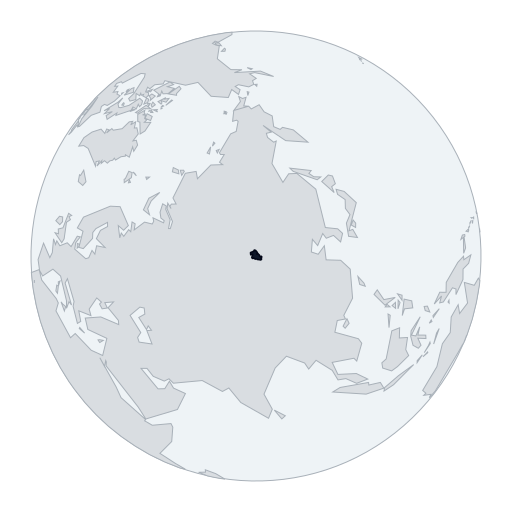 Bulgan highlighted on a globe, orthographic projection, rotated 319°
{"feature_id": "MNG-3323", "entity_name": "Bulgan", "entity_type": "Province", "adm_level": 1, "iso_a3": "MNG", "parent_name": "Mongolia", "parent_adm1": "", "projection": "orthographic", "projection_center": [103.32, 48.825], "detail": "fine", "context": "on_globe", "style": "filled", "palette": "ink", "viewbox_px": 512, "rotation_deg": 319, "n_neighbors": 0, "source": "natural_earth", "source_scale": "10m", "svg_char_len": 13631}
<svg xmlns="http://www.w3.org/2000/svg" viewBox="0 0 512 512"><g transform="rotate(319 256 256)"><circle cx="256" cy="256" r="225" fill="#eef3f6" stroke="#a8b0b8"/><path d="M380.0,67.9L384.7,71.3L383.1,73.1L367.6,69.8L366.1,67.0L362.6,67.0L364.2,70.7L366.2,73.3L356.2,81.8L359.3,98.8L367.6,106.2L360.0,103.4L380.7,119.4L387.1,132.1L375.3,116.7L370.7,114.3L372.7,122.1L368.4,121.4L366.9,125.0L361.5,123.6L355.1,115.2L351.5,114.4L353.1,120.0L348.8,122.6L346.9,114.4L339.1,118.2L326.9,106.0L326.1,86.9L314.9,80.9L302.2,63.9L298.8,65.2L291.9,60.3L285.5,60.1L285.0,57.5L280.3,59.7L282.0,62.2L280.5,64.1L276.9,64.4L275.6,60.9L277.2,60.3L274.9,59.4L275.8,57.6L273.3,58.7L272.2,54.7L267.9,59.1L262.5,56.4L263.2,53.6L270.2,53.3L289.1,47.8L291.9,45.8L289.0,42.8L268.5,37.8L268.8,36.2L264.0,34.3L260.6,35.2L263.2,37.1L255.7,38.8L259.7,41.3L257.3,42.6L258.6,45.9L250.8,46.2L242.5,44.8L241.1,42.2L237.4,41.7L232.6,45.1L223.9,41.7L207.9,42.4L206.5,41.7L214.7,38.1L230.3,35.3L241.0,32.4L226.4,35.2L223.1,34.3L219.3,34.7L215.0,35.6L213.2,36.5L210.5,36.6L224.0,33.3L226.7,33.1L222.4,34.0L229.7,32.9L238.7,31.5L236.3,31.6L240.9,31.2L257.1,30.7L273.4,31.4L289.6,33.2L305.5,36.2L321.3,40.4L336.7,45.7L351.6,52.0L366.1,59.5L380.0,67.9ZM465.2,177.3L463.6,174.8L463.8,173.6L465.2,177.3ZM463.1,175.1L463.5,175.6L463.2,175.6L463.1,175.1ZM463.2,176.4L463.1,175.5L463.4,176.9L463.2,176.4ZM463.5,178.6L463.3,177.3L463.4,177.6L463.5,178.6ZM463.4,181.0L463.3,181.5L462.9,179.9L463.4,181.0ZM367.8,74.6L364.7,70.9L364.8,68.0L367.9,71.1L367.8,74.6ZM366.9,81.1L364.2,78.9L368.5,78.5L368.7,79.8L366.9,81.1ZM374.5,112.0L372.9,108.0L376.0,112.2L374.5,112.0ZM367.6,125.7L369.5,127.1L367.9,128.4L367.6,125.7ZM262.8,45.6L260.7,45.7L261.6,45.0L262.8,45.6ZM265.3,47.0L267.7,46.2L269.3,46.7L267.7,47.2L265.3,47.0ZM358.2,127.7L355.1,129.5L357.2,126.2L358.2,127.7ZM262.0,48.1L271.7,47.9L274.4,48.9L270.8,52.0L262.0,48.1ZM352.6,129.7L345.2,134.7L348.7,138.1L334.7,131.6L345.6,129.2L347.6,124.4L349.2,128.3L352.6,129.7ZM284.1,62.9L282.1,60.2L287.1,62.3L284.1,62.9ZM287.7,63.8L305.2,68.2L306.3,72.6L300.2,70.1L304.3,75.9L296.3,75.8L292.2,72.6L293.1,69.7L289.3,72.0L287.7,63.8ZM328.1,127.4L325.4,127.5L327.0,125.8L328.1,127.4ZM280.3,65.1L283.7,65.4L284.9,69.2L278.3,69.2L280.0,68.0L280.3,65.1ZM309.4,77.6L309.1,80.6L302.5,81.3L301.5,82.6L296.2,76.2L309.4,77.6ZM277.9,67.3L274.9,69.2L271.0,67.8L277.0,65.0L277.9,67.3ZM288.1,70.3L288.3,72.1L286.0,71.1L288.1,70.3ZM255.5,64.2L259.6,64.3L260.6,66.2L255.5,64.2ZM274.0,70.0L275.3,70.5L276.2,71.4L273.4,72.4L274.0,70.0ZM291.9,77.3L289.2,77.1L293.7,80.0L289.0,80.9L286.3,76.5L285.4,78.8L284.0,79.1L283.4,75.2L291.9,77.3ZM273.2,76.0L268.1,71.2L260.3,70.6L259.2,68.7L272.0,70.2L273.2,76.0ZM279.2,75.8L275.2,75.5L275.9,73.3L279.1,72.2L279.2,75.8ZM286.7,83.1L294.7,82.9L295.0,83.8L286.7,83.1ZM270.8,76.2L272.0,77.4L270.1,76.4L270.8,76.2ZM281.6,81.4L284.4,81.1L284.7,82.2L281.6,81.4ZM272.3,80.1L270.6,78.5L272.7,77.6L272.3,80.1ZM276.4,81.0L276.2,82.7L274.4,78.3L277.6,80.7L276.4,81.0ZM281.4,82.5L282.5,83.1L280.2,82.5L281.4,82.5ZM265.3,84.6L262.6,79.3L267.2,77.2L269.2,82.6L265.3,84.6ZM75.6,121.1L83.4,124.0L78.5,133.6L77.3,157.1L76.0,161.7L69.0,166.2L62.4,196.0L68.7,195.9L69.8,219.0L75.0,230.5L89.4,220.3L80.9,201.1L86.4,190.8L98.9,200.2L107.4,217.7L109.9,214.3L110.4,198.0L118.4,197.2L111.3,192.0L109.7,197.7L105.2,194.9L106.4,189.6L109.1,189.4L108.3,183.2L95.3,186.6L92.3,192.7L86.3,181.1L80.8,190.4L77.0,189.7L85.0,173.9L88.8,171.0L98.8,149.4L94.2,151.2L84.6,172.0L84.9,167.8L78.7,171.2L83.7,165.3L95.4,142.9L94.1,132.7L81.9,131.1L83.2,124.9L89.2,115.7L104.1,106.9L99.3,122.0L104.5,119.8L114.5,110.2L112.2,115.8L115.6,113.9L114.7,119.6L122.2,122.2L122.6,127.6L134.1,123.8L135.9,126.3L128.6,127.7L123.7,131.9L125.7,146.3L128.6,147.6L135.9,144.2L135.6,148.9L142.4,143.7L147.7,150.6L146.9,138.2L155.4,134.6L163.3,136.4L166.0,133.2L153.2,130.3L148.2,131.2L144.2,135.5L130.5,137.1L128.0,133.3L141.7,123.8L139.6,117.6L151.3,113.5L178.7,122.8L185.8,129.6L179.6,149.3L173.0,149.7L172.0,142.7L165.1,152.9L169.4,150.3L169.1,154.4L177.2,152.6L177.4,155.5L184.8,149.0L185.9,152.4L181.2,156.4L194.1,157.3L198.7,163.8L201.6,162.7L203.3,159.6L208.0,170.3L209.9,169.1L209.1,165.0L212.3,160.0L219.8,155.4L221.1,159.4L218.5,161.5L215.0,172.3L208.0,177.9L209.3,179.1L215.6,175.2L219.9,162.0L224.1,158.2L223.0,164.5L223.7,161.9L226.2,161.3L229.8,164.4L231.4,157.7L256.9,147.2L266.3,152.9L262.5,159.3L281.6,157.7L290.8,165.2L290.0,161.3L298.6,158.6L295.8,156.1L296.1,154.1L317.0,147.2L322.8,149.0L330.9,142.6L330.5,140.8L326.7,139.0L334.7,131.6L348.7,138.1L348.9,141.9L357.6,143.9L356.7,152.5L360.1,160.9L354.2,170.0L357.3,176.3L360.4,176.3L366.9,185.3L369.9,204.2L354.1,188.4L347.0,162.1L348.7,172.5L344.3,170.2L342.5,174.1L344.0,181.7L346.7,182.5L328.7,196.7L324.6,218.1L334.6,215.4L341.0,220.5L345.0,244.8L327.0,280.0L335.5,289.1L336.2,295.7L329.1,300.9L328.0,291.3L320.7,288.7L321.1,282.8L309.4,288.6L309.5,280.4L300.4,289.3L304.1,295.5L314.3,293.1L306.4,304.9L317.1,314.8L318.5,327.7L301.2,351.2L283.3,358.4L282.2,362.2L275.0,358.0L265.5,365.3L279.0,385.6L278.6,391.2L263.1,401.4L262.8,397.4L243.7,386.3L240.1,399.1L254.6,410.5L259.6,422.2L248.4,418.1L243.4,407.5L236.6,403.3L238.5,392.3L232.9,374.1L221.6,375.9L222.5,368.7L213.2,351.6L197.0,353.1L171.4,365.5L167.8,382.3L159.0,386.7L148.4,356.6L148.9,337.8L141.8,336.2L133.7,314.7L110.2,297.8L109.8,291.6L104.7,290.2L99.5,279.4L100.0,269.3L95.5,265.4L94.9,292.0L100.1,296.3L108.5,293.7L107.1,301.6L112.5,313.5L96.0,320.3L65.9,306.7L68.0,292.7L70.8,240.6L73.5,237.8L73.7,237.3L74.0,236.3L69.2,240.0L71.4,230.3L64.5,263.2L61.2,274.4L65.4,307.0L63.8,307.3L66.7,315.7L81.9,326.7L80.9,330.6L70.7,340.7L54.0,341.9L59.1,359.7L62.8,370.5L59.6,366.3L51.9,351.4L45.4,336.1L40.1,320.2L35.9,304.0L32.9,287.6L31.2,271.0L30.7,254.3L31.5,237.6L32.3,229.5L32.4,228.2L35.1,211.7L39.0,195.5L44.1,179.6L50.3,164.1L57.7,149.2L66.1,134.8L75.6,121.1ZM73.0,128.8L71.0,130.9L73.0,128.8ZM111.3,244.3L119.8,254.2L124.7,240.7L128.4,243.5L128.8,238.0L125.1,239.7L127.2,225.5L134.0,226.9L137.5,221.9L134.8,218.4L122.0,218.2L118.8,238.2L113.2,239.8L111.3,244.3ZM222.3,34.4L221.1,34.7L216.7,35.5L218.6,34.9L222.3,34.4ZM197.9,41.4L194.1,41.5L198.2,40.8L200.1,39.7L211.2,37.4L206.3,41.3L206.6,39.8L197.9,41.4ZM224.6,35.9L218.1,36.6L225.4,35.8L224.6,35.9ZM135.7,99.7L132.5,103.2L128.5,103.6L128.1,98.0L133.8,97.1L135.7,99.7ZM128.8,108.1L142.6,100.9L143.5,104.5L140.7,103.6L139.8,106.8L135.1,106.2L122.4,117.2L118.1,118.5L119.6,106.6L121.5,109.6L124.5,105.9L128.8,108.1ZM176.4,80.1L182.3,78.2L176.4,88.4L171.5,89.1L170.7,83.2L176.1,78.9L176.4,80.1ZM253.8,54.0L256.5,53.4L256.8,54.2L254.9,55.5L253.8,54.0ZM257.3,64.1L242.5,58.0L244.8,56.8L233.3,55.2L235.0,51.7L242.3,52.8L235.0,49.1L242.3,48.7L236.7,46.7L252.9,49.4L259.2,49.3L251.6,50.7L249.9,53.9L251.1,55.2L259.0,59.0L271.7,60.7L272.1,64.5L269.0,66.7L266.0,66.9L266.7,64.3L262.2,66.4L260.9,62.8L257.3,64.1ZM232.4,96.8L234.5,92.7L225.2,98.3L223.9,93.9L222.9,94.9L219.2,92.5L212.9,91.4L213.3,89.2L210.7,89.7L208.1,88.3L204.7,88.4L204.2,84.7L200.0,84.6L202.2,82.9L195.0,83.8L200.1,81.5L197.3,79.8L193.8,82.9L199.9,64.7L198.4,59.6L194.3,56.8L203.8,53.8L213.6,54.9L222.3,58.6L222.3,64.3L226.6,62.2L227.9,64.4L224.0,65.1L230.8,65.3L230.8,67.4L238.5,72.1L248.3,71.6L251.3,73.5L247.5,74.8L253.2,75.8L248.1,79.6L250.2,81.1L247.2,86.6L238.6,88.4L241.6,90.1L239.4,94.6L232.4,96.8ZM264.2,86.1L254.2,88.8L248.6,87.9L256.2,78.8L255.0,76.9L259.6,71.6L267.7,73.1L265.6,74.5L265.5,76.2L263.0,75.0L264.9,77.2L262.1,79.2L262.8,81.6L259.4,81.8L264.2,86.1ZM78.8,162.7L78.6,165.6L79.2,169.3L75.3,171.8L78.8,162.7ZM86.5,147.3L87.0,149.1L81.7,153.9L82.0,151.1L86.5,147.3ZM91.7,146.3L87.4,148.9L89.8,145.8L91.7,146.3ZM129.4,129.3L130.4,131.3L128.8,132.6L126.2,132.7L129.4,129.3ZM204.7,114.2L206.8,111.6L208.2,111.9L215.6,108.6L217.2,111.8L213.3,115.1L204.7,114.2ZM85.4,219.5L81.3,218.8L81.7,215.7L83.0,216.5L85.4,219.5ZM76.1,194.3L76.1,201.8L75.0,194.8L76.1,194.3ZM207.7,117.1L210.5,115.3L209.5,118.1L207.7,117.1ZM218.7,114.0L218.3,117.0L218.2,111.8L218.7,114.0ZM78.4,394.6L75.1,390.1L70.8,381.6L76.1,386.0L77.5,384.1L82.8,393.8L86.2,404.0L83.1,400.5L78.4,394.6ZM315.9,441.6L322.6,441.0L322.3,441.6L315.9,441.6ZM309.0,440.7L316.7,439.7L307.6,442.2L309.0,440.7ZM319.6,439.3L327.4,436.7L330.8,435.1L330.1,436.4L319.6,439.3ZM303.8,441.4L275.3,443.4L264.0,441.9L266.7,439.7L285.0,439.8L303.8,441.4ZM265.8,439.6L248.5,432.5L224.7,409.0L233.2,410.4L258.0,425.3L256.5,427.4L266.9,433.0L265.8,439.6ZM307.6,424.9L305.9,431.3L290.2,432.3L283.0,431.7L278.1,423.7L280.9,419.2L286.7,419.1L309.4,401.6L317.3,404.4L310.4,411.9L316.9,416.9L307.6,424.9ZM168.7,384.3L173.3,395.8L168.6,395.9L168.7,384.3ZM318.4,388.8L309.4,397.3L317.6,386.4L318.4,388.8ZM323.2,378.5L323.8,382.3L320.1,379.2L323.2,378.5ZM282.1,367.9L275.9,369.0L275.7,366.1L283.5,363.0L282.1,367.9ZM319.5,338.3L319.7,347.3L318.6,350.5L315.6,345.5L319.5,338.3ZM225.1,144.9L213.0,145.7L205.4,149.1L202.7,155.0L201.3,147.3L213.1,142.1L225.1,144.9ZM252.8,146.4L255.1,141.6L257.6,143.7L257.4,145.1L252.8,146.4ZM251.7,143.4L248.1,137.6L251.6,135.0L253.8,140.1L251.7,143.4ZM227.4,126.6L223.7,126.5L224.6,124.2L227.4,126.6ZM362.8,454.4L362.3,454.5L357.6,457.1L363.1,453.9L355.7,457.9L353.6,458.4L346.2,461.1L302.8,475.5L293.8,476.7L297.2,475.1L291.2,471.2L294.2,471.0L293.6,466.8L319.9,458.2L339.1,444.5L352.4,441.2L363.3,430.1L376.6,425.4L371.9,433.0L384.8,430.3L395.9,412.6L401.5,421.3L409.3,418.6L408.8,421.5L405.8,424.3L392.2,435.4L377.9,445.5L362.8,454.4ZM441.8,383.3L441.1,384.4L440.5,384.9L441.8,383.2L442.8,381.9L441.8,383.3ZM450.6,368.4L451.0,368.0L450.4,369.1L450.6,368.4ZM450.1,369.0L451.3,366.6L450.8,367.9L450.1,369.0ZM444.4,371.2L445.5,369.4L445.8,369.4L444.4,371.2ZM332.3,439.0L341.7,432.6L346.7,430.9L332.3,439.0ZM443.3,371.1L440.8,373.5L441.2,372.5L443.3,371.1ZM443.6,369.1L443.5,368.2L444.7,369.2L443.6,369.1ZM439.1,371.3L442.0,370.3L438.7,371.9L439.1,371.3ZM437.3,373.3L435.1,374.4L435.2,373.9L437.3,373.3ZM410.4,395.2L418.9,396.1L411.7,401.0L403.7,401.7L396.8,409.5L381.6,416.3L385.3,412.1L383.4,408.9L367.2,413.6L363.9,411.9L369.8,407.9L359.0,409.2L370.9,403.9L375.6,408.1L382.3,400.7L393.6,396.8L404.2,393.2L412.5,392.3L410.4,395.2ZM370.7,416.7L372.7,415.9L370.8,418.3L370.7,416.7ZM430.8,375.1L434.0,375.0L433.6,376.0L432.0,377.0L430.8,375.1ZM414.5,390.2L423.5,379.5L425.6,378.0L419.5,387.4L414.5,390.2ZM421.5,377.9L425.5,375.6L427.6,376.7L426.7,378.1L421.5,377.9ZM346.3,419.2L345.8,420.9L342.7,420.4L346.3,419.2ZM350.4,417.1L359.8,416.0L349.5,418.7L350.4,417.1ZM321.4,417.7L324.2,421.2L333.1,416.9L326.3,421.9L332.2,427.1L330.1,429.8L324.2,424.2L322.0,431.6L318.0,432.1L315.9,426.5L320.0,418.2L324.0,414.2L340.1,409.6L321.4,417.7ZM350.4,412.3L347.9,408.2L349.8,404.4L352.5,406.3L350.4,412.3ZM340.3,398.0L333.4,393.3L327.3,396.9L339.5,385.7L344.1,392.0L340.3,398.0ZM334.2,385.6L328.5,389.0L334.3,382.6L334.2,385.6ZM327.0,387.1L326.2,382.7L330.8,382.5L327.0,387.1ZM337.2,385.2L338.0,377.4L340.5,381.4L337.2,385.2ZM323.9,372.8L333.9,378.6L321.1,377.7L319.9,362.4L325.3,361.1L323.9,372.8ZM349.9,299.8L348.2,295.1L352.9,292.6L352.8,296.6L349.9,299.8ZM366.7,281.5L353.6,290.5L342.8,298.0L346.5,299.4L344.7,308.6L338.8,301.9L345.8,290.5L354.1,286.4L354.7,278.7L360.3,271.9L358.0,263.0L360.2,258.2L364.9,265.1L366.7,281.5ZM356.6,259.4L354.5,242.9L363.7,242.3L366.2,245.8L363.3,253.5L358.6,253.3L356.6,259.4ZM356.7,238.8L352.2,238.6L339.6,216.5L339.2,211.9L353.7,227.7L350.1,228.4L351.6,234.1L356.7,238.8ZM326.6,129.5L325.5,127.7L328.0,128.7L326.6,129.5ZM294.4,152.9L295.2,150.3L298.1,151.4L294.4,152.9ZM299.0,143.9L295.2,144.5L298.7,142.2L299.0,143.9ZM286.7,146.2L293.4,143.9L287.8,148.5L286.7,146.2Z" fill="#d9dde1" stroke="#a8b0b8" stroke-width="1"/><path d="M254.2,249.8L254.6,249.9L254.9,250.1L255.0,250.2L255.5,250.2L255.8,250.4L255.8,250.5L256.0,250.6L256.3,250.6L256.5,250.8L256.9,250.9L257.2,250.6L257.3,250.6L257.6,250.8L257.8,250.8L258.0,250.8L258.2,250.7L258.3,250.6L258.5,250.4L258.8,250.5L259.0,250.8L259.1,251.0L259.3,251.3L259.2,251.4L259.0,251.6L259.0,251.8L259.2,252.1L259.5,252.4L259.5,252.5L259.4,252.7L259.4,253.2L259.4,253.3L259.4,253.6L259.3,253.9L259.2,254.1L259.2,254.4L259.1,254.7L259.1,254.9L258.9,254.8L258.7,254.8L258.5,255.0L258.1,254.9L257.9,254.9L257.8,255.1L257.8,255.4L258.2,255.5L258.4,255.5L258.5,255.6L258.9,255.8L259.0,255.9L259.1,256.0L259.1,256.3L259.1,256.6L259.1,256.8L259.2,257.1L259.2,257.4L259.2,257.6L259.1,257.8L258.9,257.9L258.8,258.0L258.7,258.2L258.7,258.4L258.6,258.5L258.7,258.8L258.8,259.0L258.8,259.3L259.1,259.4L259.5,259.4L259.7,259.5L259.6,259.8L259.8,260.4L259.8,260.5L259.5,260.6L259.2,260.6L259.1,260.8L258.9,260.8L258.7,260.8L258.2,261.1L258.0,261.3L258.0,261.5L258.3,261.8L258.2,262.0L257.7,262.1L257.4,262.2L257.2,262.1L256.9,262.0L256.9,261.8L256.7,261.7L256.4,261.4L256.2,261.2L256.0,260.9L255.9,260.7L255.7,260.4L255.4,260.3L255.3,260.2L255.2,260.0L255.2,259.9L254.9,259.7L254.7,259.5L254.7,259.2L254.7,258.9L254.5,258.7L254.3,258.4L254.2,258.2L253.9,258.2L253.6,258.1L253.5,257.9L253.5,257.7L253.4,257.5L253.3,257.4L253.2,257.4L253.1,257.2L253.1,256.6L253.0,256.2L252.9,256.0L252.7,256.2L252.4,256.0L252.4,255.9L252.2,255.8L252.0,255.7L251.9,255.7L251.7,255.4L251.7,255.2L251.7,254.9L251.8,254.5L251.8,254.4L252.0,254.3L252.2,254.2L252.4,254.0L252.5,253.9L252.9,253.7L253.0,253.7L253.3,253.6L253.5,253.5L253.6,253.4L253.8,253.3L253.8,253.1L253.9,252.9L254.0,252.8L254.3,252.8L254.6,252.6L254.5,252.4L254.3,252.3L254.1,252.2L253.9,252.1L253.6,252.0L253.4,251.9L253.1,251.8L253.0,251.7L252.9,251.7L252.9,251.4L253.0,251.3L253.1,251.2L253.3,250.9L253.5,250.8L253.6,250.7L253.7,250.4L253.7,250.2L253.8,250.1L254.1,249.9L254.2,249.8Z" fill="#0f172a" stroke="#020617" stroke-width="1.5"/></g></svg>